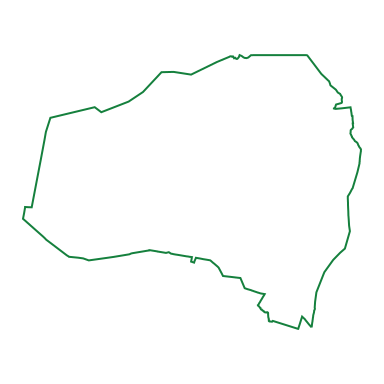 the district of Villa de Reyes, San Luis Potosí, Mexico
{"feature_id": "50627088B7825328231561", "entity_name": "Villa de Reyes", "entity_type": "district", "adm_level": 2, "iso_a3": "MEX", "parent_name": "Mexico", "parent_adm1": "San Luis Potosí", "projection": "orthographic", "projection_center": [-100.911, 21.834], "detail": "fine", "context": "isolated", "style": "outline", "palette": "green", "viewbox_px": 384, "rotation_deg": 0, "n_neighbors": 0, "source": "geoboundaries", "source_scale": "gbopen_adm2", "svg_char_len": 4889}
<svg xmlns="http://www.w3.org/2000/svg" viewBox="0 0 384 384"><path d="M311.6,327.4L311.8,326.2L312.0,324.3L312.3,322.3L312.5,321.3L312.5,320.9L312.7,319.6L312.8,318.8L312.9,317.9L313.1,316.8L313.2,315.7L313.3,315.0L314.0,312.4L314.2,310.5L314.3,310.4L314.5,310.0L314.6,309.8L314.7,309.3L314.9,309.0L314.9,308.8L314.8,308.0L314.7,307.7L315.1,301.8L316.4,292.3L323.5,274.3L324.4,272.1L333.2,259.9L340.2,252.7L344.9,248.6L349.9,231.2L349.1,225.7L348.7,219.2L348.5,216.4L348.4,215.7L348.4,215.4L348.3,211.5L348.1,207.3L348.1,207.0L348.0,205.0L348.0,202.8L347.9,201.0L347.9,200.6L347.9,200.3L347.8,198.9L347.8,196.4L350.0,192.9L351.5,190.0L351.9,189.2L352.6,188.3L357.4,172.3L359.2,164.8L359.4,163.8L359.5,163.6L359.5,162.5L359.5,162.1L359.7,161.8L359.7,160.2L359.8,159.5L359.8,158.9L360.1,156.3L360.8,151.6L360.9,151.4L360.9,151.0L360.9,150.0L360.9,149.9L361.0,149.7L360.7,148.8L360.5,148.6L360.4,148.3L360.1,148.0L359.8,147.7L359.1,146.7L358.9,146.3L358.9,146.2L358.7,145.7L358.4,145.4L358.0,144.3L357.7,143.6L357.6,143.3L357.4,143.0L356.5,142.1L356.4,142.1L356.2,141.9L354.9,141.1L354.5,140.4L354.1,139.7L352.6,138.0L352.4,137.7L352.0,137.2L352.0,136.6L351.8,136.2L351.4,135.8L351.3,135.6L351.1,134.7L350.7,134.2L350.4,133.3L350.6,132.6L350.7,130.2L350.9,129.9L351.2,129.6L352.3,128.7L352.7,127.9L353.2,127.5L352.7,123.6L352.9,123.6L353.1,123.5L352.9,121.9L352.6,119.9L352.5,116.1L351.9,116.0L351.8,115.7L351.7,114.9L351.6,114.2L351.5,113.4L351.4,112.5L351.2,111.6L351.1,110.7L351.0,109.9L350.8,109.0L350.5,107.3L342.0,108.3L335.6,108.9L333.9,108.5L333.9,108.4L334.3,108.1L335.2,107.3L335.5,106.3L335.7,105.5L336.1,104.5L338.3,103.9L339.0,103.7L340.0,103.4L340.8,103.2L341.6,102.9L341.9,102.4L342.0,101.8L341.8,100.7L341.7,98.9L342.0,98.2L342.1,97.4L342.0,97.0L340.6,94.8L340.1,93.9L337.8,92.5L335.9,89.7L332.9,87.3L330.5,85.4L330.3,84.9L330.0,83.7L329.1,81.3L328.8,81.0L328.2,80.5L321.3,73.9L307.3,55.4L307.0,55.3L306.5,55.2L306.1,55.1L305.7,55.1L302.5,55.1L301.0,55.1L296.9,55.1L295.3,55.1L279.9,55.1L279.0,55.1L269.6,55.1L268.9,55.1L265.0,55.1L262.0,55.1L261.1,55.1L256.4,55.1L251.0,55.2L248.3,57.5L246.6,58.1L244.6,57.9L243.4,57.3L241.7,56.0L239.6,55.1L238.8,57.2L237.4,58.8L236.3,58.9L235.3,57.8L234.1,58.3L233.8,57.8L233.5,57.0L233.2,56.5L232.7,56.4L232.1,56.8L231.5,56.4L231.0,56.3L230.2,56.3L229.4,56.8L216.9,62.0L191.1,74.6L173.6,71.9L161.5,72.2L143.0,92.0L128.6,101.6L101.3,112.2L94.7,107.2L50.9,117.7L50.4,117.8L45.9,131.9L44.6,139.3L44.4,140.4L40.5,161.2L40.3,162.2L31.7,207.3L28.4,207.2L25.1,207.0L25.1,207.3L24.1,213.2L23.0,218.8L35.2,229.6L39.6,233.5L42.9,236.4L44.8,238.2L46.3,239.8L47.0,240.3L52.3,244.3L66.9,255.4L68.9,256.6L69.0,256.8L78.2,257.7L83.2,258.4L88.8,260.4L106.0,258.0L113.7,256.9L129.4,254.3L131.1,253.5L132.4,253.2L141.4,251.7L146.7,250.8L148.7,250.5L149.0,250.5L149.2,250.1L149.3,250.1L157.3,251.4L157.4,251.5L157.5,251.5L166.0,252.9L168.8,252.2L170.8,253.5L171.1,253.7L172.1,253.8L173.2,254.1L175.4,254.5L178.1,254.9L186.9,256.4L188.0,256.5L190.1,256.9L190.6,256.9L191.9,257.1L191.8,257.4L191.7,258.5L191.1,261.6L192.0,261.9L193.4,262.4L194.1,262.6L194.6,260.9L195.3,259.4L195.8,258.1L195.9,257.8L200.0,258.5L202.5,259.0L202.9,259.1L206.6,259.7L207.2,259.8L209.5,260.2L210.1,260.3L210.4,260.5L210.6,260.6L213.3,263.0L213.9,263.4L217.7,266.7L218.6,267.6L221.7,273.4L222.8,275.6L223.0,276.0L231.8,277.0L235.1,277.4L235.3,277.4L235.7,277.5L235.8,277.5L236.0,277.5L237.6,277.7L240.4,278.0L244.7,288.2L247.9,289.3L248.0,289.3L249.7,289.8L249.8,289.8L251.4,290.3L251.5,290.4L251.7,290.5L252.0,290.6L252.5,290.7L252.7,290.8L252.8,290.8L253.0,290.9L253.3,291.0L253.5,291.1L253.8,291.2L254.1,291.3L256.8,292.2L257.8,292.6L258.1,292.6L260.5,293.4L264.7,294.1L264.1,295.2L263.3,296.4L262.5,297.7L262.1,298.5L261.9,298.8L260.9,300.4L260.5,301.1L260.1,301.9L259.2,303.2L258.7,304.2L258.0,305.4L257.9,305.4L257.9,305.5L258.5,305.9L258.8,306.2L259.0,306.4L259.2,306.6L259.6,307.1L259.8,307.5L260.1,307.9L260.5,308.0L260.7,308.8L260.8,309.1L261.0,309.4L261.3,309.6L261.6,309.7L261.9,309.7L262.2,310.2L262.6,310.6L262.9,310.6L263.2,310.9L263.4,311.0L263.8,311.2L264.0,311.4L264.0,311.7L264.1,311.8L264.4,312.0L264.6,312.1L264.9,312.3L265.1,312.4L265.3,312.3L265.6,312.4L265.8,312.4L266.0,312.4L266.4,312.4L266.6,312.5L266.8,312.5L267.0,312.3L267.1,312.2L267.3,312.2L267.5,312.3L267.8,312.5L268.0,312.7L268.0,312.8L268.1,313.0L268.1,313.5L268.1,314.6L268.3,317.3L268.6,318.1L268.7,318.4L268.6,318.5L268.7,319.3L269.0,320.0L268.8,320.5L268.8,320.9L269.0,321.2L269.4,321.4L269.7,321.5L269.9,321.4L270.2,321.4L270.4,321.5L270.6,321.5L270.8,321.5L271.1,321.6L271.3,321.6L271.6,321.6L271.8,321.6L272.0,321.7L272.8,320.9L283.9,324.4L298.2,328.9L298.3,328.8L298.4,328.5L298.4,328.3L298.4,328.2L299.7,324.3L302.1,316.6L304.1,318.5L304.7,319.0L304.9,319.3L306.2,321.0L306.4,321.2L308.8,324.2L311.1,326.8L311.6,327.3L311.6,327.4Z" fill="none" stroke="#15803d" stroke-width="2"/></svg>